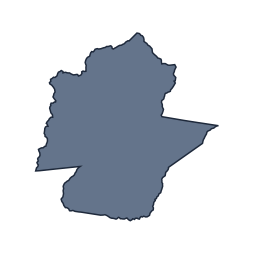 Serrita, Pernambuco, Brazil (Robinson projection), rotated 14°
{"feature_id": "56859067B3572424117250", "entity_name": "Serrita", "entity_type": "district", "adm_level": 2, "iso_a3": "BRA", "parent_name": "Brazil", "parent_adm1": "Pernambuco", "projection": "robinson", "projection_center": [-39.404, -7.835], "detail": "fine", "context": "isolated", "style": "filled", "palette": "slate", "viewbox_px": 256, "rotation_deg": 14, "n_neighbors": 0, "source": "geoboundaries", "source_scale": "gbopen_adm2", "svg_char_len": 3773}
<svg xmlns="http://www.w3.org/2000/svg" viewBox="0 0 256 256"><g transform="rotate(14 128 128)"><path d="M113.7,33.7L108.0,43.2L106.8,43.4L104.9,45.3L104.4,46.5L103.6,47.5L102.5,48.2L101.7,49.2L100.0,49.8L98.9,50.7L97.8,51.8L96.9,52.8L95.8,53.7L94.7,54.9L93.5,54.7L92.6,53.0L91.4,52.4L90.4,52.9L89.1,53.7L87.5,54.1L86.4,55.4L85.4,55.8L83.9,56.7L82.6,57.6L81.6,58.0L80.5,58.5L79.1,58.4L78.1,58.9L77.0,59.6L76.6,61.2L75.7,62.6L74.3,62.6L73.6,64.1L73.5,65.6L73.4,67.7L72.3,68.6L71.5,69.4L70.9,70.9L70.6,72.7L70.6,74.8L71.4,76.2L72.3,77.4L72.5,79.3L73.1,81.4L73.4,83.2L71.9,83.7L70.6,83.6L69.5,84.7L70.1,86.2L69.4,88.1L68.3,88.9L67.3,89.5L66.2,88.3L65.0,88.5L63.8,89.1L62.2,89.7L60.9,89.5L59.7,89.3L58.0,88.7L56.4,89.1L55.3,89.2L54.2,89.0L52.6,89.6L51.6,90.2L51.2,88.9L49.3,88.4L48.3,89.7L47.0,90.6L46.6,92.2L46.5,94.5L45.0,96.6L43.4,96.8L42.4,98.3L41.1,99.5L41.8,101.4L40.8,103.0L41.4,104.1L43.7,104.9L45.9,106.6L47.4,108.1L48.5,110.7L47.8,112.9L47.9,114.3L47.7,116.0L48.9,117.1L51.4,119.1L51.4,120.3L50.4,120.5L49.2,122.0L47.4,122.5L47.2,124.0L47.7,125.0L47.2,126.1L47.2,127.7L48.9,130.8L49.6,132.0L51.4,133.3L51.9,134.6L52.3,135.8L50.8,136.1L49.5,137.9L49.1,139.7L48.4,140.8L47.9,141.9L47.6,143.3L48.7,143.9L49.9,145.7L48.8,145.9L47.7,147.0L47.4,148.6L47.7,150.6L48.0,153.6L49.0,154.5L49.6,156.3L50.8,156.6L52.3,157.7L53.0,160.1L53.0,161.6L52.7,163.3L52.7,165.5L51.6,166.0L50.5,167.7L48.7,168.3L47.7,169.1L46.3,170.4L47.2,172.0L48.4,173.4L49.2,175.6L49.0,177.3L48.1,178.5L47.8,179.8L48.9,181.8L48.0,183.4L48.7,184.6L49.9,185.5L49.8,187.3L48.9,188.8L48.8,192.0L52.6,190.8L65.4,186.1L88.3,177.8L90.9,176.9L89.8,178.2L89.2,179.2L88.5,180.8L88.3,182.9L87.6,184.4L87.3,186.5L86.2,188.1L85.1,189.1L84.1,190.6L83.1,193.3L81.9,194.2L81.1,195.4L80.1,196.5L79.6,197.7L79.2,200.2L80.2,202.4L80.2,204.5L81.3,207.2L81.4,208.5L81.5,210.6L80.8,212.1L80.3,213.2L81.6,215.3L83.3,216.8L84.5,218.7L86.5,220.4L87.8,220.1L88.8,220.3L90.1,220.9L91.3,222.4L92.7,222.2L94.5,221.3L96.7,221.7L100.9,221.3L102.5,221.0L122.5,219.2L123.9,218.8L125.4,218.3L126.6,217.7L127.9,217.9L128.9,218.1L130.4,218.6L132.1,219.3L133.7,219.5L135.6,219.2L137.2,219.2L138.4,219.3L139.5,218.4L140.3,217.0L141.5,217.1L142.5,217.9L143.7,217.6L145.0,217.5L146.5,217.2L147.6,216.3L148.7,215.6L150.8,216.9L152.6,217.4L153.9,216.2L154.6,214.9L156.5,215.1L156.9,213.9L158.6,213.3L159.9,213.7L161.1,213.6L161.4,211.9L162.2,210.7L163.4,210.9L164.6,209.8L166.8,210.0L168.3,209.4L169.1,208.5L170.0,207.6L170.0,205.4L170.6,203.8L171.4,202.3L172.3,201.4L172.0,199.4L170.9,198.0L171.3,196.3L171.0,193.9L172.0,191.8L171.4,190.7L172.6,189.6L172.7,187.9L173.8,186.5L173.9,184.6L175.4,182.8L175.4,181.1L175.6,178.9L175.7,176.1L175.2,174.7L175.0,173.5L174.0,172.6L173.7,171.1L173.1,169.5L173.6,167.7L175.6,165.3L175.3,161.9L176.1,160.7L176.8,159.2L177.1,157.7L176.8,156.4L204.0,124.9L203.9,122.4L204.0,121.0L204.5,119.3L204.7,117.9L205.6,114.7L205.5,113.0L206.4,111.5L208.3,110.1L209.1,108.5L211.3,107.3L212.0,106.2L213.6,104.6L215.2,103.9L196.9,105.6L195.1,105.8L180.6,107.1L158.2,108.8L157.1,107.5L157.7,105.7L157.9,103.2L157.9,101.2L156.9,100.2L156.0,98.7L155.8,97.4L155.0,96.0L154.3,95.1L154.1,93.2L155.1,92.0L155.7,91.0L155.6,89.5L155.8,88.0L155.6,86.8L155.9,85.3L157.1,84.7L158.3,83.4L159.3,82.9L160.2,82.1L160.1,80.6L161.0,79.1L161.9,76.7L162.4,75.0L163.0,72.9L161.4,71.4L162.4,70.8L162.3,69.5L162.1,67.4L160.5,66.3L159.4,65.5L158.9,63.9L159.3,62.2L159.2,60.5L159.9,57.3L158.0,55.2L153.3,57.0L151.6,57.3L148.7,56.5L147.1,56.8L145.3,57.6L144.4,55.8L144.1,54.5L143.4,53.3L142.1,53.0L139.7,52.8L138.6,51.7L135.4,50.1L133.5,48.9L132.1,45.3L129.2,43.3L127.3,42.8L125.8,41.4L124.4,40.9L122.6,40.2L122.0,38.0L121.1,36.3L119.6,35.1L117.9,34.9L117.1,34.1L116.0,33.6L113.7,33.7Z" fill="#64748b" stroke="#1e293b" stroke-width="1.5"/></g></svg>